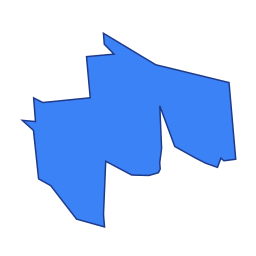 outline of Komo/Magarima District, Southern Highlands, Papua New Guinea, rotated 175°
{"feature_id": "67681753B72976764448166", "entity_name": "Komo/Magarima District", "entity_type": "district", "adm_level": 2, "iso_a3": "PNG", "parent_name": "Papua New Guinea", "parent_adm1": "Southern Highlands", "projection": "robinson", "projection_center": [143.048, -6.045], "detail": "fine", "context": "isolated", "style": "filled", "palette": "blue", "viewbox_px": 256, "rotation_deg": 175, "n_neighbors": 0, "source": "geoboundaries", "source_scale": "gbopen_adm2", "svg_char_len": 615}
<svg xmlns="http://www.w3.org/2000/svg" viewBox="0 0 256 256"><g transform="rotate(175 128 128)"><path d="M160.0,31.5L160.0,40.4L159.9,44.4L153.1,96.8L128.4,80.8L127.3,80.9L126.7,80.6L111.3,78.9L101.6,80.8L99.5,84.3L99.4,90.8L96.4,104.3L96.2,106.6L96.2,107.0L94.4,147.3L83.0,105.5L63.2,92.1L53.6,86.1L42.3,81.0L38.1,89.8L35.3,87.0L23.4,87.5L23.4,164.4L94.9,188.6L144.2,224.5L144.3,213.5L135.5,202.8L163.1,202.7L163.1,194.3L163.0,161.4L210.7,160.8L219.4,166.2L219.6,142.5L232.6,144.8L222.4,133.9L221.9,108.6L221.5,85.1L210.0,77.3L187.2,41.7L160.0,31.5Z" fill="#3b82f6" stroke="#1e3a8a" stroke-width="1.5"/></g></svg>